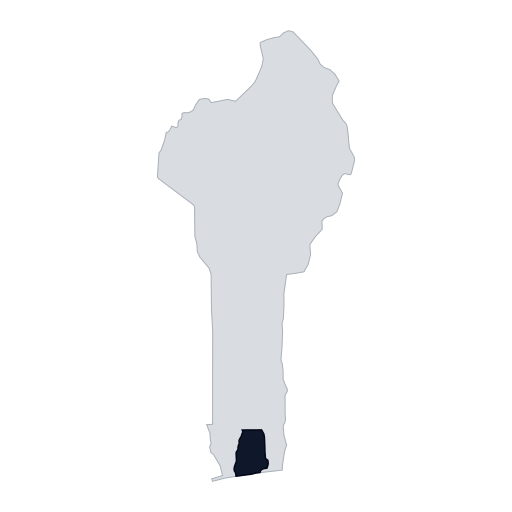 where Atlantique sits in Benin
{"feature_id": "BEN-2174", "entity_name": "Atlantique", "entity_type": "Department", "adm_level": 1, "iso_a3": "BEN", "parent_name": "Benin", "parent_adm1": "", "projection": "robinson", "projection_center": [2.175, 6.604], "detail": "fine", "context": "in_parent", "style": "filled", "palette": "ink", "viewbox_px": 512, "rotation_deg": 0, "n_neighbors": 0, "source": "natural_earth", "source_scale": "10m", "svg_char_len": 2614}
<svg xmlns="http://www.w3.org/2000/svg" viewBox="0 0 512 512"><path d="M212.5,481.3L211.7,478.8L222.5,475.6L220.2,466.0L213.6,454.6L210.9,452.5L209.6,446.9L211.2,443.2L210.4,440.7L209.9,433.0L206.6,424.6L212.6,424.3L212.6,397.1L212.6,371.0L212.7,348.8L212.7,331.2L211.5,310.1L211.3,294.7L211.1,274.3L208.9,267.9L199.8,257.1L197.3,251.5L196.9,244.1L194.9,236.5L194.7,223.1L194.6,207.6L193.8,205.1L183.9,197.7L169.9,187.2L159.3,179.2L158.5,178.6L157.4,176.6L159.0,153.0L161.2,149.9L164.6,140.2L166.3,132.3L167.8,132.3L170.0,129.8L171.7,126.1L173.5,126.8L176.7,127.6L178.1,126.2L177.9,123.3L178.9,120.4L181.4,119.1L182.0,116.5L182.0,113.4L184.1,112.6L187.7,112.8L190.7,111.8L193.0,110.3L196.1,104.1L197.8,102.0L198.3,100.5L200.1,99.2L204.8,98.5L208.7,99.0L211.2,102.6L227.7,99.4L235.6,101.3L251.6,85.9L255.3,81.3L260.1,70.4L261.8,66.3L263.3,58.8L260.1,45.0L260.3,42.5L266.9,39.6L275.2,37.3L278.4,37.1L280.5,35.9L283.5,32.9L288.4,30.7L291.3,31.5L293.1,31.9L310.5,50.1L318.1,59.4L320.1,64.1L324.0,67.5L329.8,69.6L335.0,74.3L339.1,81.0L336.5,85.7L332.4,95.3L332.3,102.9L342.0,118.9L343.1,120.5L345.6,123.0L347.0,126.0L348.1,133.9L348.8,142.7L349.6,148.7L354.3,157.1L354.6,160.5L351.4,173.0L350.6,174.4L349.7,174.7L344.7,173.6L342.5,175.0L339.8,179.3L338.2,183.5L338.1,185.3L342.5,193.2L339.7,204.5L336.9,211.7L331.7,215.7L327.1,216.7L323.8,218.6L322.0,221.1L322.2,229.2L315.4,236.6L311.7,241.8L309.8,244.9L310.6,254.5L308.2,264.2L304.0,271.8L294.5,273.5L286.6,274.4L283.9,293.8L284.0,306.1L283.3,318.7L282.0,323.8L282.6,331.1L282.0,347.4L280.9,360.2L282.3,363.7L283.1,371.2L283.1,379.0L285.1,384.5L287.3,389.2L287.2,391.7L286.1,393.2L285.1,395.2L285.1,413.6L285.5,419.1L284.9,422.6L283.2,425.5L283.9,434.8L285.3,440.7L286.7,445.1L285.3,448.8L284.2,453.6L282.4,465.9L282.3,470.1L255.3,473.2L225.1,478.1L212.5,481.3Z" fill="#d9dde1" stroke="#a8b0b8" stroke-width="1"/><path d="M260.0,472.5L256.6,472.9L251.4,474.2L236.0,476.2L236.0,475.6L235.8,474.2L235.3,472.3L234.3,470.7L234.1,468.5L234.4,466.9L235.8,462.8L236.2,461.8L236.4,460.9L236.4,459.4L236.2,455.3L236.1,453.3L236.2,452.6L236.4,452.0L236.9,451.1L237.2,450.6L237.8,450.0L237.9,449.5L238.0,448.7L238.0,447.4L238.3,445.5L239.2,443.5L239.1,442.1L239.0,441.2L239.1,440.5L239.3,439.8L240.2,438.0L240.8,437.3L241.1,436.6L242.1,433.7L242.5,432.9L242.8,431.7L242.2,430.0L261.6,429.9L263.8,433.9L264.4,436.9L264.6,441.1L264.9,448.9L264.9,451.1L265.4,457.8L266.1,459.2L266.5,459.3L266.9,459.5L267.1,459.7L267.9,460.3L268.2,463.6L267.9,465.4L266.9,468.2L263.9,468.6L262.5,469.1L261.4,469.9L260.5,470.8L260.0,472.5Z" fill="#0f172a" stroke="#020617" stroke-width="1.5"/></svg>